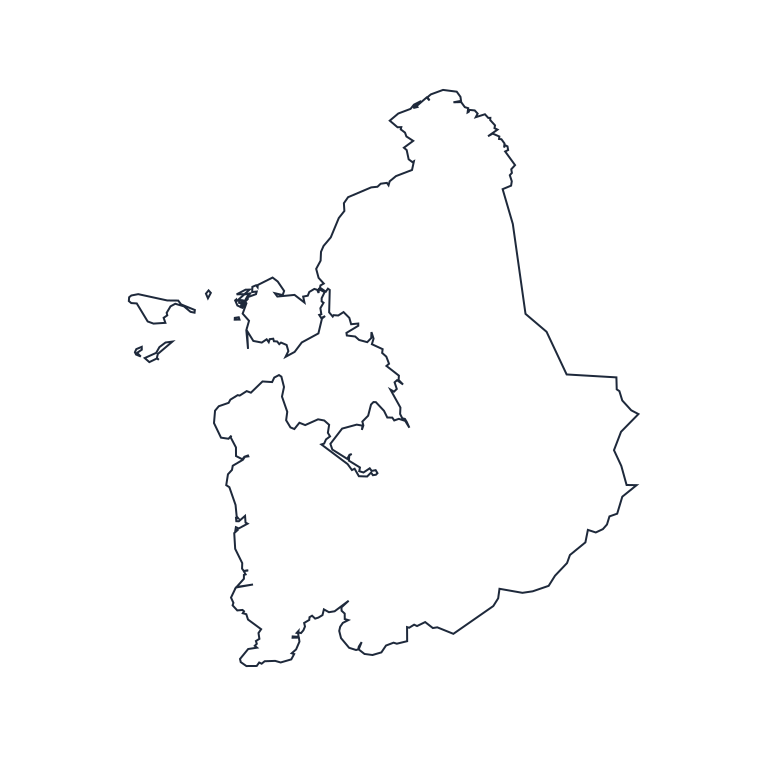 Madolenihmw, Pohnpei, Federated States of Micronesia, rotated 189°
{"feature_id": "79324940B7707198476683", "entity_name": "Madolenihmw", "entity_type": "district", "adm_level": 2, "iso_a3": "FSM", "parent_name": "Federated States of Micronesia", "parent_adm1": "Pohnpei", "projection": "mercator", "projection_center": [158.314, 6.859], "detail": "fine", "context": "isolated", "style": "outline", "palette": "slate", "viewbox_px": 768, "rotation_deg": 189, "n_neighbors": 0, "source": "geoboundaries", "source_scale": "gbopen_adm2", "svg_char_len": 6156}
<svg xmlns="http://www.w3.org/2000/svg" viewBox="0 0 768 768"><g transform="rotate(189 384 384)"><path d="M288.8,620.7L300.7,632.6L298.0,634.5L299.2,638.0L301.6,638.8L302.4,636.4L302.6,640.4L306.3,644.1L308.7,644.0L308.8,646.5L315.8,648.3L320.0,645.0L311.7,653.0L314.9,654.0L314.8,656.8L320.4,661.3L320.6,663.5L322.6,663.1L326.5,666.2L335.1,661.9L333.8,665.7L337.2,668.4L342.4,668.1L342.9,666.1L343.9,665.3L344.0,669.6L347.5,670.1L351.9,674.5L359.5,673.1L352.2,675.7L353.4,679.6L357.9,684.1L371.7,683.7L383.0,677.4L385.9,674.1L383.4,671.2L386.7,673.7L395.1,663.8L394.3,662.8L398.2,661.2L391.6,669.3L398.1,664.6L400.8,659.9L412.2,653.4L419.5,645.0L410.8,639.7L407.1,640.4L407.3,638.1L402.6,635.6L400.6,632.0L393.2,628.7L401.3,620.5L398.2,618.6L394.8,609.8L390.7,607.6L389.3,608.7L389.8,599.8L404.7,591.2L410.1,585.1L410.6,581.0L412.6,583.1L418.6,581.3L421.3,577.8L427.4,576.2L448.7,562.9L451.9,556.3L450.2,548.7L454.6,540.9L459.5,520.5L465.3,510.9L466.9,504.7L465.9,495.9L469.0,487.1L465.2,478.6L459.2,473.8L462.2,471.4L462.3,469.1L455.9,466.1L454.3,469.4L452.3,468.4L449.4,446.2L445.2,442.6L444.6,444.1L439.9,444.5L435.2,448.7L428.6,443.9L425.8,437.9L418.9,439.7L418.5,437.5L429.1,428.6L428.3,426.1L419.9,426.4L415.5,423.6L407.1,422.7L403.8,427.4L404.5,433.3L401.4,427.2L402.2,421.4L390.8,418.2L390.7,414.4L386.0,411.4L382.2,404.8L384.4,402.2L370.6,394.6L370.2,390.3L365.1,386.5L371.7,389.8L373.8,387.3L370.6,381.1L372.9,378.0L376.8,379.5L364.1,363.3L363.4,356.9L360.6,353.0L357.9,352.8L355.6,350.1L352.1,344.8L357.3,350.9L363.9,351.9L368.2,349.6L370.6,352.1L375.5,351.4L379.8,357.5L389.2,364.8L391.6,364.5L393.6,361.7L394.7,350.2L399.5,343.5L397.9,339.8L398.7,335.2L398.6,339.5L404.6,339.6L418.4,333.4L427.6,316.5L424.8,311.2L408.6,304.3L407.0,308.7L404.9,309.8L407.1,308.1L406.7,302.8L394.7,297.8L394.8,294.0L390.4,293.4L384.9,298.5L382.6,296.2L378.8,297.6L376.5,294.9L377.8,293.1L380.7,292.2L382.9,294.5L386.2,290.0L394.4,289.0L399.8,295.7L402.2,294.0L407.4,299.2L436.4,314.5L433.8,315.8L432.6,320.2L429.1,323.8L431.8,327.0L431.8,335.1L437.3,338.6L443.6,338.8L455.4,331.1L461.5,332.5L465.5,325.5L469.6,326.5L475.0,332.9L475.2,341.4L482.8,355.6L482.3,365.4L486.5,375.2L489.1,376.4L493.4,373.2L494.8,368.4L504.4,367.5L514.1,354.6L518.5,355.5L524.7,350.0L526.8,350.1L533.3,344.5L534.5,341.1L543.7,336.2L546.7,331.2L545.8,318.8L536.6,305.5L529.0,305.6L526.7,309.1L527.1,307.3L520.3,298.2L518.9,289.7L512.1,287.5L510.5,290.3L507.2,292.1L506.7,291.3L510.0,290.3L511.5,287.1L520.6,279.6L520.7,275.4L524.0,270.4L524.0,259.4L520.6,257.9L511.7,241.3L508.8,230.2L506.8,228.4L509.2,228.5L508.4,225.4L505.9,225.7L500.6,232.0L499.1,225.5L496.9,224.7L504.9,218.6L507.9,219.4L507.9,215.9L505.2,217.5L508.6,213.3L505.2,197.9L496.0,184.9L495.3,179.4L493.2,177.4L489.9,178.6L489.0,178.5L493.3,177.3L490.9,174.3L492.5,173.5L491.9,169.7L497.9,160.4L482.0,165.5L498.5,159.8L501.7,149.1L498.5,144.3L498.9,141.7L493.5,137.4L488.4,138.7L486.7,137.6L487.6,135.5L484.0,135.1L481.5,130.1L467.0,122.6L469.0,118.4L467.2,112.8L470.3,110.1L469.0,107.5L470.7,105.2L468.2,103.7L476.7,101.0L483.2,89.9L482.0,86.9L475.8,83.9L465.6,85.6L463.7,89.4L461.1,88.6L458.5,91.5L448.2,93.5L442.5,92.8L432.5,97.5L430.5,103.2L433.0,103.6L429.3,108.1L427.2,116.3L428.4,120.2L434.6,119.1L434.7,120.4L428.9,120.9L429.7,124.3L431.3,124.5L429.9,126.6L429.9,125.2L427.0,125.0L425.1,128.1L424.1,132.1L425.5,135.5L420.9,139.3L421.1,142.0L418.8,143.9L415.3,141.5L412.3,143.0L408.6,146.1L408.1,152.0L402.7,150.0L397.2,151.8L385.0,164.4L391.1,156.7L390.4,153.4L386.9,151.1L386.0,145.7L382.3,145.2L387.3,141.6L389.3,137.4L389.6,133.1L386.7,126.3L377.2,118.0L370.0,116.9L368.0,117.8L367.8,120.7L365.7,125.6L367.5,117.9L361.0,114.3L353.1,114.5L344.6,118.5L341.1,126.0L334.1,130.0L330.7,129.5L320.9,133.6L323.2,147.5L321.0,147.2L316.6,151.0L313.5,150.1L306.1,155.3L297.6,150.6L293.3,152.0L276.4,148.1L241.3,181.8L237.7,190.2L237.9,199.8L214.6,199.4L204.7,202.5L189.8,210.4L185.1,221.4L175.2,235.8L173.6,244.2L160.3,259.1L159.8,271.8L151.6,270.5L145.1,274.9L141.8,280.1L140.6,288.5L133.4,292.4L131.0,310.0L118.7,323.6L128.6,322.2L136.8,340.2L146.5,354.6L142.4,373.9L128.0,394.1L135.7,396.7L146.1,405.0L150.4,413.8L153.3,415.1L155.5,426.9L205.1,422.0L231.6,461.0L255.2,475.4L281.8,562.2L297.3,595.0L289.5,599.8L289.5,604.2L292.4,609.9L290.7,612.5L291.9,616.0L288.8,620.7ZM486.3,407.3L483.6,401.5L485.5,395.4L477.3,401.7L471.7,412.2L456.7,423.7L455.5,439.0L452.8,441.9L456.3,439.3L458.8,442.1L456.8,443.1L458.7,448.9L456.4,454.8L458.5,455.8L459.0,459.0L457.0,465.4L463.1,467.5L462.9,463.7L464.7,466.6L467.7,467.0L472.2,463.2L473.1,459.3L477.5,457.7L475.3,452.0L486.3,458.0L503.0,453.7L506.0,456.6L498.0,456.0L497.2,460.3L505.0,468.6L510.7,471.7L524.2,462.0L524.0,459.8L525.8,461.5L529.2,459.4L528.6,454.2L524.2,455.4L524.5,452.7L532.3,448.4L531.8,446.7L534.0,443.5L532.5,442.2L534.6,431.4L527.2,425.3L528.4,415.6L523.8,397.4L527.5,415.0L519.8,406.1L511.2,405.8L506.9,409.8L504.4,407.3L503.9,410.4L500.5,411.4L499.4,409.0L496.2,409.3L493.7,407.0L492.2,408.8L486.3,407.3ZM627.2,408.8L621.1,407.6L609.5,410.2L612.0,414.9L608.8,417.9L609.8,420.3L607.0,427.3L602.7,430.6L593.7,429.4L586.4,425.0L582.3,424.8L582.4,427.5L596.9,430.9L600.3,434.2L611.1,432.6L640.8,434.3L647.4,431.9L649.3,429.8L649.0,426.0L646.3,424.4L640.8,424.9L627.2,408.8ZM619.2,368.9L612.3,373.7L610.2,372.7L612.4,374.2L612.1,378.3L599.6,392.8L606.3,390.8L611.6,385.3L613.9,379.1L624.4,372.2L619.2,368.9ZM544.1,443.3L541.1,438.6L537.6,437.6L537.2,441.3L539.8,441.5L540.1,443.6L539.5,444.4L536.4,444.6L534.7,443.8L532.2,450.4L529.7,452.9L536.1,450.5L542.7,442.5L543.2,444.3L544.1,443.3ZM633.5,374.3L628.5,373.1L632.8,376.1L628.6,380.0L629.1,382.8L634.1,379.7L635.0,376.4L633.5,374.3ZM543.6,449.5L535.9,450.9L531.5,456.2L535.5,455.5L543.6,449.5ZM571.9,449.0L574.0,445.4L571.3,441.1L569.3,446.9L571.9,449.0ZM541.5,424.2L536.8,425.0L537.9,427.2L541.7,426.0L541.5,424.2ZM539.9,443.5L539.6,441.6L537.1,441.5L537.0,443.9L539.9,443.5ZM536.2,443.7L536.7,441.4L534.8,441.1L534.2,443.1L536.2,443.7ZM535.1,439.6L536.7,439.9L537.3,437.4L535.7,437.1L535.1,439.6ZM533.5,440.2L534.9,440.4L534.3,439.1L533.5,440.2Z" fill="none" stroke="#1e293b" stroke-width="2"/></g></svg>